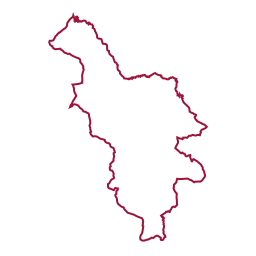 outline of Da Krong, Quảng Trị, Vietnam
{"feature_id": "81297802B86066179794931", "entity_name": "Da Krong", "entity_type": "district", "adm_level": 2, "iso_a3": "VNM", "parent_name": "Vietnam", "parent_adm1": "Quảng Trị", "projection": "robinson", "projection_center": [106.951, 16.569], "detail": "fine", "context": "isolated", "style": "outline", "palette": "rose", "viewbox_px": 256, "rotation_deg": 0, "n_neighbors": 0, "source": "geoboundaries", "source_scale": "gbopen_adm2", "svg_char_len": 5729}
<svg xmlns="http://www.w3.org/2000/svg" viewBox="0 0 256 256"><path d="M202.0,180.5L204.9,176.6L205.1,175.4L203.7,170.5L202.8,169.4L202.6,167.2L201.7,166.1L201.1,164.7L197.3,161.4L193.6,159.1L193.2,159.2L192.4,160.8L192.0,161.4L191.7,161.3L190.2,157.4L190.1,156.6L190.4,155.6L190.3,155.1L188.7,155.3L187.5,156.1L186.4,156.3L185.8,156.1L185.5,155.8L185.2,154.6L184.7,153.8L183.1,153.5L182.6,152.6L182.1,152.6L181.4,153.2L180.2,152.7L179.0,151.3L175.3,148.2L175.8,146.8L177.9,143.0L178.1,141.8L177.3,138.5L177.3,137.4L179.5,138.4L181.6,138.7L182.5,139.2L183.0,138.7L183.3,137.6L184.2,137.7L185.5,137.5L187.2,137.8L189.1,135.7L190.9,135.8L192.5,134.9L195.6,135.6L197.6,134.9L199.9,135.2L200.1,134.0L200.9,132.6L200.5,131.5L201.7,129.8L205.4,128.2L206.8,126.8L204.3,124.5L202.4,124.0L201.8,123.4L197.3,121.3L196.9,120.9L196.8,120.3L195.7,119.5L194.6,117.1L196.0,115.6L195.9,114.8L194.9,114.3L193.9,114.1L192.8,113.1L190.9,112.5L189.7,111.6L189.3,108.3L188.8,107.3L184.1,102.9L183.2,101.6L182.2,99.0L182.1,98.5L182.5,98.3L181.7,97.4L182.8,96.4L182.7,95.5L182.1,95.2L180.5,95.4L180.0,95.1L179.8,94.6L179.5,96.0L179.3,95.6L179.1,95.8L179.0,95.5L178.2,95.5L178.0,94.9L177.6,95.0L177.8,94.1L177.3,93.2L177.2,92.1L176.9,91.6L175.9,90.7L175.4,89.0L175.5,88.2L176.4,86.9L176.6,83.2L176.8,82.2L177.0,82.1L176.6,81.7L177.1,81.4L176.8,80.9L176.1,80.9L176.1,80.3L175.8,80.6L175.5,80.4L175.5,80.1L175.8,80.2L175.8,79.8L176.2,79.5L176.4,78.9L173.5,78.0L173.1,77.4L172.5,77.2L171.1,77.9L170.6,77.6L169.5,78.4L169.1,78.4L168.9,79.1L168.1,79.4L166.7,79.2L166.1,78.7L162.9,78.3L161.2,76.7L161.5,76.1L160.7,75.2L160.1,75.4L157.9,74.8L156.1,73.9L155.3,73.1L154.2,73.4L151.2,75.2L151.2,75.4L149.6,76.0L149.5,76.9L149.2,77.2L148.1,76.7L147.4,76.9L146.9,76.3L146.4,76.7L145.2,75.7L145.1,75.1L144.6,74.9L143.8,75.2L143.1,75.1L142.7,75.6L142.2,75.4L141.7,75.9L140.6,75.7L140.3,76.5L139.9,76.1L138.7,76.6L138.4,76.0L137.6,76.5L136.6,76.4L135.8,77.0L135.5,77.7L134.7,77.3L133.7,77.8L133.4,77.3L132.2,77.4L132.3,78.2L132.0,78.8L131.1,78.0L130.6,78.6L129.4,78.5L129.4,79.1L129.1,79.3L127.0,78.7L124.1,78.4L123.5,77.0L122.2,76.0L120.0,73.5L119.9,71.9L119.6,71.3L117.8,69.8L117.4,67.3L117.9,65.2L117.1,64.7L116.8,63.6L116.1,62.6L114.8,62.2L113.2,57.7L113.1,56.8L111.7,56.0L109.7,54.2L108.9,52.2L109.0,51.0L108.0,50.7L107.2,49.9L107.0,45.6L106.8,44.9L106.1,44.5L105.9,44.1L102.8,43.7L101.3,39.0L98.2,38.5L97.5,38.0L97.1,37.2L96.9,34.9L95.9,32.6L95.0,31.2L94.9,30.3L94.4,29.0L92.7,27.8L93.2,26.2L92.9,26.1L92.3,24.6L90.2,24.1L90.0,23.3L89.3,23.1L88.5,24.2L88.2,23.7L88.3,22.8L87.6,23.2L87.0,23.2L86.5,22.8L85.8,21.2L84.8,20.6L83.6,20.6L82.8,21.0L82.1,21.1L81.7,21.6L80.7,21.2L80.0,21.6L78.7,20.4L78.2,21.8L77.9,21.9L77.1,21.3L77.1,21.0L77.8,19.7L77.7,18.4L77.9,17.8L77.3,17.4L77.2,16.7L76.9,16.6L76.2,16.8L76.4,18.2L76.0,18.6L76.8,19.6L75.4,21.0L75.2,21.5L74.9,21.6L74.5,21.1L74.6,19.8L74.2,17.9L73.3,15.4L73.0,16.7L70.0,19.2L67.8,22.2L67.3,23.2L66.7,26.3L65.7,27.7L65.2,28.3L64.0,28.9L60.8,31.5L60.1,32.3L59.4,32.3L58.8,32.8L58.7,33.2L57.7,33.8L56.6,35.4L55.4,36.3L55.0,37.5L53.9,39.1L53.8,39.7L53.1,40.4L51.7,40.8L49.7,40.8L49.2,42.3L50.1,44.8L50.6,45.3L52.5,46.3L52.6,47.5L53.7,48.5L54.4,48.7L54.7,49.1L55.8,49.2L60.4,48.7L61.1,49.8L62.2,50.3L63.1,51.1L64.4,52.6L66.1,53.1L67.9,54.0L69.2,53.6L72.0,55.5L75.3,57.1L77.3,57.9L78.5,58.1L80.1,59.6L80.4,62.4L82.2,64.4L83.2,66.4L83.4,67.3L83.1,68.1L83.6,69.0L83.7,69.8L82.7,72.7L82.1,75.8L82.4,80.5L82.0,81.7L82.2,82.8L78.3,84.0L72.6,84.6L73.0,85.2L73.9,88.2L74.2,91.4L76.3,95.9L74.8,98.1L74.4,99.1L73.2,100.6L71.9,103.6L70.8,105.0L70.0,107.1L72.1,106.2L72.6,105.3L73.6,104.5L74.4,104.3L75.8,104.5L77.6,105.2L78.7,106.1L80.0,107.9L82.4,109.6L83.3,111.4L85.7,111.8L86.1,112.3L88.6,113.5L89.0,114.7L89.0,115.7L90.2,120.9L90.3,123.1L89.5,125.8L90.0,127.1L90.5,130.3L91.2,131.6L91.2,131.8L90.1,132.4L90.9,134.4L92.9,136.5L94.4,136.2L96.7,136.5L100.3,138.7L104.7,139.8L104.9,141.1L105.5,141.9L106.6,142.7L109.3,143.5L109.8,144.0L110.6,146.5L111.5,147.2L113.5,148.0L114.9,152.2L113.7,153.1L113.7,154.6L114.1,156.5L113.5,158.9L113.5,160.9L110.7,163.5L110.2,164.3L110.7,166.3L109.8,167.1L109.8,169.1L110.3,170.2L112.0,170.6L112.7,171.4L113.7,173.5L113.4,175.9L113.9,176.9L114.0,177.6L113.8,178.4L112.3,179.0L110.9,180.3L109.2,183.3L108.7,183.8L107.9,184.1L108.1,187.2L108.8,188.2L111.7,189.2L113.5,190.1L113.9,190.1L114.9,188.3L115.3,188.0L116.8,188.4L117.9,188.4L117.9,189.1L117.6,189.9L116.6,190.9L116.3,191.5L116.4,193.9L115.5,194.6L115.3,195.2L115.5,196.1L116.8,198.3L117.1,200.9L117.6,203.0L118.1,203.9L121.5,206.7L123.0,207.1L123.8,207.6L124.0,208.6L124.9,209.9L126.5,211.4L127.1,212.3L127.9,212.8L133.7,214.6L137.5,216.6L141.9,218.2L142.2,218.6L142.8,219.7L143.2,221.5L142.9,222.6L142.9,224.2L142.5,225.6L143.3,226.3L142.2,233.0L140.8,235.2L140.2,237.2L140.3,238.9L140.7,239.7L142.4,240.6L144.3,240.6L147.3,239.6L148.7,239.4L149.7,238.7L150.4,238.6L151.6,237.6L153.4,238.0L155.2,236.4L156.8,235.7L158.0,235.9L160.8,237.8L160.9,238.2L160.7,239.4L160.9,239.8L162.5,240.1L163.2,239.6L164.4,237.2L165.4,236.9L165.0,235.3L164.1,234.6L163.4,232.8L163.7,231.8L163.2,229.7L163.6,229.0L163.6,228.0L164.1,226.9L164.0,225.5L163.5,224.4L163.8,223.8L163.4,222.5L163.7,220.8L162.9,220.1L163.5,219.7L163.5,219.1L163.9,218.1L162.8,217.9L162.8,216.9L161.9,216.9L161.1,215.6L165.6,212.6L166.2,211.7L167.2,211.8L167.8,211.3L168.4,211.2L169.4,212.0L169.7,212.0L170.0,210.7L171.2,209.2L171.9,207.5L173.2,206.6L175.0,207.0L175.7,206.1L176.7,205.5L177.2,204.4L176.9,203.1L176.9,200.7L176.5,196.8L176.8,193.7L174.9,191.4L173.5,188.5L173.9,187.4L173.9,184.7L175.6,183.2L176.3,182.1L177.1,178.8L179.7,179.1L187.7,178.6L190.0,179.9L191.1,180.1L194.2,182.3L195.0,181.7L200.6,181.5L202.0,180.5Z" fill="none" stroke="#9f1239" stroke-width="2"/></svg>